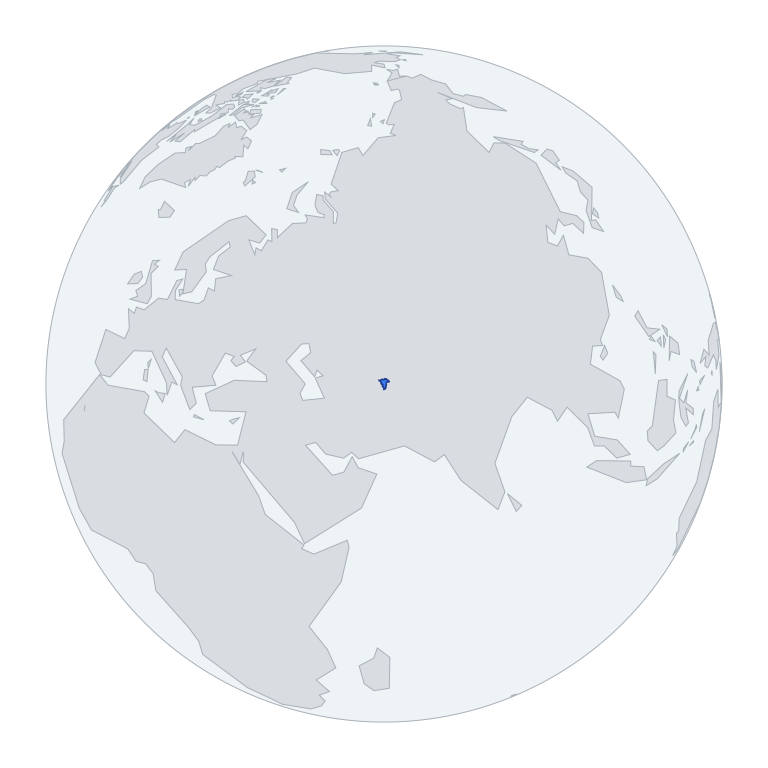 globe centered on Balkh, rotated 339°
{"feature_id": "AFG-1744", "entity_name": "Balkh", "entity_type": "Province", "adm_level": 1, "iso_a3": "AFG", "parent_name": "Afghanistan", "parent_adm1": "", "projection": "orthographic", "projection_center": [66.961, 36.526], "detail": "fine", "context": "on_globe", "style": "filled", "palette": "blue", "viewbox_px": 768, "rotation_deg": 339, "n_neighbors": 0, "source": "natural_earth", "source_scale": "10m", "svg_char_len": 12758}
<svg xmlns="http://www.w3.org/2000/svg" viewBox="0 0 768 768"><g transform="rotate(339 384 384)"><circle cx="384" cy="384" r="338" fill="#eef3f6" stroke="#a8b0b8"/><path d="M439.5,50.7L448.1,54.3L476.1,65.7L492.3,70.4L483.0,69.3L518.6,79.9L538.5,90.7L511.4,78.1L505.2,76.7L516.5,83.3L512.5,83.5L515.6,87.1L509.9,87.0L494.5,80.6L490.5,80.7L498.7,85.5L498.1,89.1L486.7,81.9L484.5,87.7L458.4,80.1L432.4,64.2L413.4,63.2L374.6,56.2L373.6,58.1L358.2,57.9L351.3,60.4L346.1,59.2L345.1,62.4L351.2,63.0L352.8,64.8L349.3,66.6L342.0,65.1L342.7,64.0L338.7,64.6L336.6,63.2L335.7,64.9L327.2,63.4L330.3,67.7L319.2,68.9L315.0,67.2L322.4,63.7L331.0,54.1L329.1,52.9L319.0,53.8L285.2,62.4L280.2,63.2L268.3,66.8L267.8,67.6L277.0,65.2L273.2,68.3L284.8,65.9L285.0,67.2L294.1,66.9L285.2,71.2L271.6,75.7L263.5,76.4L257.3,78.8L258.8,82.0L237.9,88.2L214.0,101.4L209.4,103.0L211.4,97.8L226.8,86.9L229.5,83.6L220.1,90.4L208.8,95.8L203.7,99.0L199.9,101.9L201.1,101.9L195.7,105.2L202.9,98.8L208.0,95.7L205.6,97.5L212.8,92.8L215.2,91.3L238.0,79.2L261.7,69.0L286.2,60.6L311.2,54.0L336.6,49.4L362.3,46.8L388.1,46.1L413.9,47.4L439.5,50.7ZM452.8,53.4L447.5,52.3L448.5,52.3L451.2,52.9L452.8,53.4ZM504.7,74.2L498.2,71.1L505.9,74.2L504.7,74.2ZM517.1,87.7L520.2,88.7L520.5,90.2L517.1,87.7ZM298.4,64.8L296.3,65.8L295.7,65.3L298.4,64.8ZM304.4,63.9L305.2,62.5L308.1,61.9L307.6,62.8L304.4,63.9ZM512.0,91.6L511.5,94.2L509.4,90.4L512.0,91.6ZM302.7,65.8L313.3,61.1L318.4,60.2L320.6,62.9L302.7,65.8ZM509.5,95.0L508.7,102.1L515.5,104.6L495.6,102.3L503.0,96.5L499.2,91.2L505.0,94.6L509.5,95.0ZM354.6,62.6L348.0,61.9L356.8,60.9L354.6,62.6ZM359.9,61.6L384.6,57.7L392.7,60.2L382.8,60.7L395.8,63.2L387.6,66.2L378.6,65.5L375.0,63.2L374.6,66.3L359.9,61.6ZM484.8,100.3L482.3,101.4L482.0,99.1L484.8,100.3ZM354.1,65.5L358.4,64.2L365.7,66.2L358.5,69.1L358.4,67.5L354.1,65.5ZM403.3,62.6L407.5,64.9L402.0,67.9L402.8,69.3L388.1,66.5L403.3,62.6ZM355.0,68.0L354.6,70.7L348.0,71.5L350.4,66.9L355.0,68.0ZM370.7,65.6L373.8,66.8L369.7,67.0L370.7,65.6ZM324.2,77.0L329.2,74.9L333.4,75.6L324.2,77.0ZM354.9,71.7L357.2,71.4L359.5,71.6L357.9,73.6L354.9,71.7ZM385.3,69.1L382.1,70.0L391.0,70.3L387.3,73.0L378.1,70.8L380.5,72.9L379.3,73.8L373.2,71.1L385.3,69.1ZM362.9,76.3L350.0,75.3L339.9,78.7L335.9,78.0L352.9,72.7L362.9,76.3ZM369.5,73.4L364.5,75.0L362.0,73.0L363.8,70.8L369.5,73.4ZM388.0,75.8L396.1,72.2L397.8,72.8L388.0,75.8ZM360.5,77.6L363.7,77.9L360.1,78.1L360.5,77.6ZM380.1,76.6L382.7,75.1L384.6,75.9L380.1,76.6ZM367.8,80.0L363.6,79.5L364.7,77.8L367.8,80.0ZM373.8,78.7L375.8,80.2L367.6,77.5L374.7,77.9L373.8,78.7ZM381.4,77.6L383.4,77.6L380.1,78.1L381.4,77.6ZM365.9,87.0L355.4,84.0L357.9,80.2L367.8,83.5L365.9,87.0ZM55.0,390.8L58.6,333.3L65.1,322.5L72.2,302.5L121.9,273.3L125.9,286.2L157.6,305.3L160.3,311.2L149.5,325.0L167.5,363.7L181.8,355.3L205.2,380.6L225.4,388.6L245.2,360.5L212.2,346.7L213.6,329.0L245.6,326.9L275.5,339.9L277.0,333.6L264.0,313.5L276.9,305.2L260.2,305.7L262.5,313.7L252.1,314.6L249.4,307.4L254.1,304.5L246.8,298.3L226.4,314.9L226.6,324.9L203.8,318.3L201.8,334.7L193.5,338.3L193.7,312.1L198.3,304.9L193.6,272.4L186.7,279.2L190.7,310.7L186.7,306.1L177.4,316.9L181.4,305.0L179.0,270.2L162.4,263.3L130.8,279.3L123.3,274.0L121.9,260.4L143.9,233.4L158.2,248.7L166.2,240.6L172.4,222.1L176.2,228.7L180.4,223.4L186.7,228.8L204.4,223.1L212.1,227.5L227.7,213.2L233.8,213.9L222.8,221.9L219.3,230.3L239.5,242.5L246.0,241.2L254.5,231.3L258.9,236.5L264.6,225.4L280.4,228.1L265.8,215.9L275.4,205.3L289.6,201.0L290.2,195.7L267.0,202.9L260.1,207.9L258.4,215.5L237.4,229.1L228.6,227.7L240.7,206.3L229.5,202.6L243.8,188.7L297.7,175.8L315.7,177.5L327.4,202.6L318.3,207.8L309.5,201.0L309.7,217.1L313.4,211.0L317.2,215.7L327.3,207.9L330.4,210.9L334.8,198.6L339.7,201.5L336.9,209.2L356.1,201.3L368.7,205.6L371.6,202.5L371.0,197.9L387.4,207.1L388.8,204.4L383.9,200.3L383.5,192.6L389.1,182.9L394.5,186.5L393.2,190.5L398.5,205.0L394.2,215.9L397.0,216.5L402.0,208.0L395.5,190.2L397.4,183.4L401.8,191.1L400.3,187.7L403.0,185.6L410.6,187.1L406.3,178.5L427.7,152.7L444.6,154.1L446.2,163.2L466.8,152.0L484.2,156.3L479.7,152.2L486.6,145.3L481.2,143.7L479.5,141.4L494.7,125.1L502.4,124.9L503.8,115.0L501.5,113.2L495.9,112.7L495.6,102.3L515.5,104.6L519.8,108.6L529.3,108.1L537.7,117.5L549.0,125.8L552.5,137.6L561.2,143.8L563.9,143.0L577.7,151.5L596.6,173.3L569.2,158.9L538.4,130.9L549.9,142.1L543.7,140.9L545.6,145.9L554.0,154.3L557.2,154.3L552.1,177.5L565.1,205.5L573.0,198.3L583.3,202.4L605.1,232.3L610.3,286.3L624.1,295.8L628.5,304.9L624.3,314.8L617.8,301.7L608.9,300.9L605.8,292.4L597.0,305.3L592.3,293.9L587.7,310.3L595.3,317.3L604.8,309.5L602.9,329.7L619.4,339.6L627.1,357.9L618.9,400.7L601.9,420.0L602.0,426.4L592.3,423.3L583.8,439.5L605.5,465.5L606.5,474.9L590.6,499.7L589.5,493.1L563.7,484.9L562.0,508.3L581.7,519.8L588.6,537.9L574.8,536.6L567.5,520.8L558.3,517.3L558.5,497.7L546.6,471.2L532.6,480.9L531.5,468.8L513.0,447.7L491.6,460.3L459.1,497.8L458.2,528.0L445.4,542.2L421.2,501.3L415.1,471.5L403.3,474.8L380.9,449.1L333.4,444.7L329.4,436.1L319.8,438.8L304.5,428.5L299.3,414.1L288.8,413.1L303.2,450.8L314.9,451.9L328.3,440.4L329.9,453.0L345.1,465.5L318.6,491.7L252.6,504.6L250.8,481.1L224.5,406.2L227.9,399.5L228.0,398.7L228.0,397.1L220.8,407.3L217.8,392.5L226.9,443.6L226.4,463.3L251.6,505.7L248.1,508.3L257.6,517.7L293.7,516.7L292.9,523.9L273.1,553.4L227.1,583.5L236.0,611.6L237.3,631.7L214.7,636.1L222.8,651.5L212.1,651.4L215.5,658.7L210.3,662.1L199.4,661.2L174.3,646.5L167.8,639.4L147.7,618.5L117.8,571.5L118.9,558.1L114.6,542.1L97.0,495.3L100.5,478.3L97.0,466.3L89.1,460.9L85.7,446.2L81.4,441.2L58.6,415.5L55.0,390.8ZM97.3,296.7L94.1,302.1L97.3,296.7ZM302.3,370.2L323.3,375.9L322.0,353.8L330.0,354.5L326.6,347.1L321.8,352.3L314.8,332.4L326.8,328.5L328.4,319.4L321.4,317.1L300.6,327.6L310.5,355.6L302.2,362.7L302.3,370.2ZM208.4,96.2L207.6,96.8L203.0,100.0L203.6,99.2L208.4,96.2ZM191.6,112.5L183.2,117.4L189.7,112.9L188.9,112.2L201.6,102.5L207.8,103.4L202.7,104.4L191.6,112.5ZM220.3,91.0L211.5,96.3L220.8,90.5L220.3,91.0ZM197.8,191.9L197.0,197.6L190.2,202.0L180.5,198.6L190.2,192.0L197.8,191.9ZM197.4,205.0L212.1,185.9L218.8,188.0L212.5,189.9L215.4,193.2L206.2,197.3L198.2,218.8L191.7,224.2L177.3,213.7L185.5,213.8L185.8,207.8L197.4,205.0ZM238.0,141.0L244.5,134.8L250.5,147.0L243.8,151.5L233.6,147.9L235.7,140.4L238.0,141.0ZM304.5,72.3L306.6,70.6L308.6,70.8L308.5,72.4L304.5,72.3ZM326.2,75.9L297.5,80.6L298.4,78.7L280.5,84.8L276.0,82.3L287.8,78.2L270.9,81.4L279.7,76.7L268.0,79.7L294.6,70.9L301.9,67.6L295.5,72.1L299.4,74.4L303.3,74.3L319.8,72.0L337.3,66.7L344.0,68.8L344.1,71.8L340.9,73.3L337.5,71.3L335.7,74.9L328.4,73.3L326.2,75.9ZM341.2,115.6L338.7,110.8L333.7,121.3L326.4,118.2L326.3,119.7L318.2,120.0L308.1,123.0L305.9,120.9L302.9,123.1L297.5,123.6L292.7,126.1L286.9,123.4L280.6,126.3L281.5,123.4L272.1,129.3L276.5,123.8L269.9,124.5L269.2,129.4L249.6,112.9L238.1,111.5L226.0,113.8L235.1,105.1L252.2,98.0L271.6,93.6L281.4,96.7L283.8,92.7L289.2,93.2L285.1,96.1L294.6,92.0L297.9,93.3L315.2,91.8L326.9,85.9L333.5,85.6L330.6,88.6L339.2,86.3L338.3,92.0L343.0,92.1L346.7,98.2L338.4,104.6L344.3,104.3L347.4,109.5L341.2,115.6ZM366.6,88.8L358.3,96.2L350.2,98.5L347.1,87.1L342.9,86.2L340.6,79.8L352.4,76.9L352.0,78.9L354.3,80.2L349.7,80.6L355.1,81.3L354.7,84.3L358.8,85.8L355.0,87.7L366.6,88.8ZM167.9,308.5L170.8,311.5L176.4,314.4L170.7,321.7L167.9,308.5ZM165.7,284.7L169.0,285.8L163.6,296.7L160.6,293.9L165.7,284.7ZM175.4,277.6L169.6,285.1L170.9,279.4L175.4,277.6ZM226.3,222.6L230.4,223.6L229.1,226.3L224.7,228.8L226.3,222.6ZM325.1,149.2L324.9,145.3L327.2,144.8L333.4,136.8L339.3,138.9L337.9,144.5L325.1,149.2ZM237.0,363.6L228.5,367.2L226.6,363.1L229.9,362.7L237.0,363.6ZM195.9,344.5L203.2,352.9L194.3,346.4L195.9,344.5ZM332.5,150.1L334.4,146.5L336.2,149.9L332.5,150.1ZM343.9,140.1L346.8,143.3L340.7,138.2L343.9,140.1ZM391.7,720.6L396.7,721.0L390.8,721.2L391.7,720.6ZM291.5,641.4L279.9,670.0L264.7,666.6L258.1,656.7L259.8,638.2L276.2,636.2L283.2,628.0L291.5,641.4ZM646.6,551.2L652.6,548.0L652.2,549.3L646.6,551.2ZM640.5,551.5L647.8,547.0L638.8,554.9L640.5,551.5ZM650.6,545.3L658.0,537.9L661.2,533.7L660.3,536.6L650.6,545.3ZM635.3,554.7L605.1,570.4L592.4,572.9L595.9,567.2L616.4,558.8L635.3,554.7ZM594.9,567.5L574.9,562.9L543.6,534.3L554.9,531.7L586.8,544.4L584.9,549.1L597.0,554.3L594.9,567.5ZM641.3,521.4L639.1,534.1L623.0,542.2L615.3,544.2L610.1,531.5L613.0,522.2L619.5,519.3L641.6,479.1L649.9,481.1L643.8,496.8L650.4,503.4L641.3,521.4ZM460.0,530.6L469.1,546.7L461.8,550.4L460.0,530.6ZM648.4,454.0L640.9,471.8L647.0,450.4L648.4,454.0ZM650.6,435.3L652.2,441.3L647.7,437.5L650.6,435.3ZM603.9,435.5L597.1,440.2L595.9,435.7L603.8,427.1L603.9,435.5ZM632.8,373.5L636.7,387.2L636.8,392.6L631.9,386.1L632.8,373.5ZM385.7,168.1L370.5,176.4L363.5,184.9L365.7,193.2L356.1,185.6L366.9,172.4L385.7,168.1ZM422.0,154.0L419.9,147.5L425.1,148.5L426.3,150.2L422.0,154.0ZM417.7,151.4L407.3,147.1L408.9,142.4L416.9,146.6L417.7,151.4ZM369.5,147.4L364.6,149.5L363.2,146.6L369.5,147.4ZM637.0,608.0L599.1,643.5L591.9,647.8L599.3,640.7L603.6,628.1L606.5,626.7L611.5,615.1L641.1,587.1L664.0,552.0L674.0,543.4L685.5,518.6L693.8,508.6L687.8,525.3L692.3,521.8L705.6,483.6L702.0,498.4L692.4,522.2L681.0,545.2L667.9,567.2L653.2,588.2L637.0,608.0ZM661.3,541.5L670.5,526.3L674.6,522.0L661.3,541.5ZM713.4,459.5L712.5,462.9L711.3,462.2L707.1,477.1L699.4,489.6L702.2,481.2L702.0,474.8L692.0,485.0L690.0,482.2L694.2,473.9L686.5,478.0L695.1,466.2L697.9,473.5L702.4,459.2L708.6,451.6L713.3,445.3L715.6,445.1L714.5,450.4L714.5,454.3L713.4,459.5ZM693.6,490.7L695.0,489.1L693.4,493.8L693.6,490.7ZM716.4,441.3L719.5,422.7L719.9,420.6L717.6,437.3L716.4,441.3ZM719.5,419.0L720.2,415.9L720.1,418.7L719.9,421.0L719.5,419.0ZM676.3,499.1L675.8,502.6L673.3,502.4L676.3,499.1ZM679.7,494.3L686.7,490.6L678.9,497.6L679.7,494.3ZM654.7,503.3L657.2,508.9L665.4,498.3L659.1,509.6L663.9,517.7L661.7,523.5L657.1,514.5L654.3,529.3L650.6,531.6L649.3,521.5L653.4,504.7L657.1,496.2L671.4,483.0L654.7,503.3ZM679.9,485.3L677.9,478.4L679.3,471.2L681.6,473.9L679.9,485.3ZM670.6,462.4L663.6,456.5L658.5,464.6L667.8,441.7L673.1,451.1L670.6,462.4ZM662.9,443.3L658.2,450.7L662.3,438.2L662.9,443.3ZM656.4,448.1L654.6,441.1L659.0,439.2L656.4,448.1ZM665.6,441.6L664.6,428.3L667.8,434.2L665.6,441.6ZM649.7,425.8L661.0,431.7L648.3,434.7L642.4,410.6L647.4,406.6L649.7,425.8ZM643.9,306.0L639.7,299.8L642.7,294.8L644.7,300.4L643.9,306.0ZM648.7,275.0L642.1,291.5L636.2,305.7L640.5,306.6L643.6,320.3L634.4,312.7L634.9,294.1L640.3,285.6L636.2,274.8L637.2,263.6L629.4,252.3L628.2,245.1L636.9,253.0L648.7,275.0ZM625.8,247.8L612.6,226.6L620.5,223.1L625.2,226.9L627.9,237.9L623.6,239.1L625.8,247.8ZM611.7,220.6L607.4,221.8L578.8,197.9L574.8,192.3L600.7,207.3L598.0,209.4L603.6,216.2L611.7,220.6ZM485.7,102.9L482.6,101.5L486.1,101.7L485.7,102.9ZM476.4,140.7L474.8,137.5L479.0,137.4L476.4,140.7ZM472.5,128.9L468.9,131.2L470.5,127.2L472.5,128.9ZM461.4,136.8L466.4,131.3L464.8,138.9L461.4,136.8Z" fill="#d9dde1" stroke="#a8b0b8" stroke-width="1"/><path d="M387.9,380.1L387.8,380.5L388.0,380.7L388.1,380.8L388.3,380.8L388.4,381.0L388.5,381.1L388.9,381.4L388.9,381.5L389.0,381.6L389.1,381.9L389.1,382.2L389.1,382.3L389.3,382.9L389.5,383.1L389.7,383.3L389.8,383.4L389.8,383.6L389.4,383.7L389.3,383.8L388.4,383.6L388.1,383.6L387.9,383.5L387.8,383.4L387.5,383.3L387.4,383.3L387.2,383.3L386.6,383.3L386.4,383.5L386.2,383.6L386.0,383.8L385.9,383.8L386.0,383.8L386.2,384.2L386.2,384.3L386.1,384.6L386.0,384.9L386.0,385.2L386.0,385.4L385.9,385.4L385.9,385.5L385.8,385.8L385.7,385.9L385.6,386.0L385.4,386.2L385.1,386.3L384.6,386.6L384.5,386.8L384.6,387.0L384.8,387.2L384.8,387.3L384.8,387.5L384.7,387.5L384.5,387.8L384.4,387.9L384.2,388.2L383.9,388.3L383.8,388.5L383.7,388.6L383.7,388.8L383.4,388.9L383.3,389.0L383.2,389.0L382.7,389.1L382.6,388.9L381.9,389.0L381.9,388.7L382.0,388.6L382.2,388.4L382.4,388.0L382.4,387.9L382.4,387.7L382.3,387.1L382.2,387.0L382.2,386.9L382.3,386.8L382.3,386.7L382.3,386.4L382.3,386.2L382.2,386.1L381.8,385.9L381.6,385.8L381.6,385.7L381.9,385.4L382.0,385.2L382.1,384.9L382.1,384.7L382.3,384.5L382.3,384.4L382.5,384.3L382.5,384.2L382.7,383.9L382.5,383.7L381.9,383.6L381.7,383.4L381.6,382.9L381.4,382.7L381.5,382.6L381.8,382.6L382.0,382.5L382.1,382.4L382.1,382.2L382.0,381.9L381.9,381.7L381.7,381.5L381.7,381.4L381.7,381.1L381.8,380.7L381.8,380.4L381.6,380.2L381.5,379.9L381.4,379.8L381.4,379.7L381.2,379.6L380.8,379.5L380.7,379.4L380.7,379.1L380.8,379.2L381.0,379.3L381.3,379.2L381.5,379.2L381.6,379.3L381.8,379.2L382.0,379.0L382.3,379.0L382.6,379.2L382.8,379.2L383.6,379.0L384.0,378.9L384.3,379.0L384.5,379.1L384.7,379.5L384.8,379.5L385.1,379.7L385.2,379.8L385.2,380.0L385.3,380.1L385.5,380.1L385.8,379.9L386.0,379.9L386.4,379.6L386.5,379.5L386.7,379.8L386.8,379.9L387.0,379.7L387.3,379.8L387.6,379.8L387.8,379.9L387.8,380.0L387.9,380.1Z" fill="#3b82f6" stroke="#1e3a8a" stroke-width="1.5"/></g></svg>